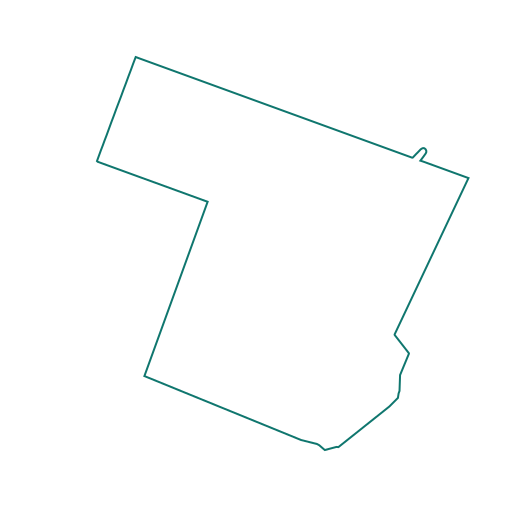 the border of Northern, rotated 20°
{"feature_id": "SDN-878", "entity_name": "Northern", "entity_type": "State", "adm_level": 1, "iso_a3": "SDN", "parent_name": "Sudan", "parent_adm1": "", "projection": "natural_earth1", "projection_center": [29.004, 19.383], "detail": "fine", "context": "isolated", "style": "outline", "palette": "teal", "viewbox_px": 512, "rotation_deg": 20, "n_neighbors": 0, "source": "natural_earth", "source_scale": "10m", "svg_char_len": 1718}
<svg xmlns="http://www.w3.org/2000/svg" viewBox="0 0 512 512"><g transform="rotate(20 256 256)"><path d="M377.9,110.2L380.7,110.1L381.9,110.1L386.7,110.1L391.5,110.1L396.3,110.1L401.2,110.1L406.0,110.1L410.8,110.1L415.6,110.1L420.4,110.1L425.2,110.1L429.0,110.1L413.1,282.0L413.1,282.3L413.2,282.6L413.5,282.9L432.8,295.0L433.0,295.2L433.1,295.6L432.1,318.6L432.2,318.9L437.0,333.7L437.0,336.3L437.9,340.8L432.8,351.8L398.8,407.4L396.9,407.9L387.0,414.8L380.2,412.2L377.7,411.8L361.3,413.5L192.2,407.0L192.0,221.6L75.0,221.6L74.1,221.2L74.1,214.9L74.1,209.6L74.2,204.3L74.2,199.0L74.3,193.7L74.3,186.7L74.3,179.8L74.4,172.8L74.4,165.8L74.5,158.9L74.6,151.9L74.6,145.0L74.7,138.0L74.7,131.0L74.8,124.1L74.8,117.1L74.9,110.2L79.4,110.2L84.0,110.2L88.6,110.2L93.1,110.2L97.7,110.2L102.3,110.2L106.8,110.2L111.4,110.2L116.0,110.2L120.5,110.2L125.1,110.2L129.7,110.2L134.3,110.2L138.8,110.2L143.4,110.2L148.0,110.2L152.5,110.2L157.1,110.2L161.7,110.2L166.2,110.2L170.8,110.2L175.4,110.2L180.0,110.2L184.5,110.2L189.1,110.2L193.7,110.2L198.2,110.2L202.8,110.2L207.4,110.2L211.9,110.2L216.5,110.2L221.1,110.2L225.6,110.2L230.2,110.2L234.8,110.2L239.3,110.2L243.9,110.2L248.5,110.2L253.1,110.2L257.6,110.2L262.2,110.2L266.8,110.2L271.3,110.2L275.9,110.2L280.5,110.2L285.0,110.2L289.6,110.2L294.2,110.2L298.8,110.2L303.3,110.2L307.9,110.2L312.5,110.2L317.0,110.2L321.6,110.2L326.2,110.2L330.7,110.2L335.3,110.2L339.9,110.2L344.4,110.2L349.0,110.2L353.6,110.2L358.2,110.2L362.7,110.2L367.3,110.2L369.1,110.2L369.7,109.8L372.0,104.5L372.2,104.2L374.3,99.4L375.5,97.9L376.3,97.4L377.2,97.2L378.1,97.4L379.0,97.8L380.1,99.0L380.5,100.2L380.4,101.6L379.4,105.2L377.9,110.2Z" fill="none" stroke="#0f766e" stroke-width="2"/></g></svg>